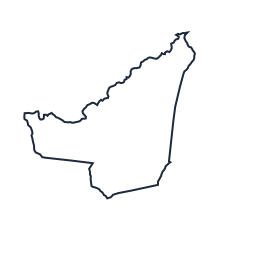 outline of Ourém, Pará, Brazil, rotated 155°
{"feature_id": "56859067B89824536702228", "entity_name": "Ourém", "entity_type": "district", "adm_level": 2, "iso_a3": "BRA", "parent_name": "Brazil", "parent_adm1": "Pará", "projection": "orthographic", "projection_center": [-47.142, -1.488], "detail": "fine", "context": "isolated", "style": "outline", "palette": "slate", "viewbox_px": 256, "rotation_deg": 155, "n_neighbors": 0, "source": "geoboundaries", "source_scale": "gbopen_adm2", "svg_char_len": 2518}
<svg xmlns="http://www.w3.org/2000/svg" viewBox="0 0 256 256"><g transform="rotate(155 128 128)"><path d="M35.9,167.1L36.0,168.9L36.5,170.8L36.5,172.6L36.7,174.4L38.0,175.3L38.7,176.9L38.7,178.7L38.5,180.3L38.9,182.0L39.0,185.1L38.4,186.6L37.1,188.1L33.7,189.4L35.2,189.8L36.9,190.1L38.2,191.0L40.0,190.9L41.6,190.9L42.8,192.2L45.0,192.0L44.0,190.5L43.5,189.1L44.6,187.7L46.9,188.0L48.8,187.4L50.4,186.1L53.3,186.2L53.9,183.8L54.6,181.9L56.4,180.3L58.4,179.3L60.1,181.0L62.5,180.7L63.4,179.3L64.8,180.1L65.7,181.5L67.3,180.2L68.7,179.7L70.6,179.0L72.8,178.6L75.1,180.1L76.6,181.5L78.5,182.8L80.3,183.0L82.0,182.4L84.1,182.7L85.9,182.0L88.5,181.9L90.0,179.6L91.8,178.0L94.6,178.5L97.1,179.6L98.6,179.8L100.1,179.6L101.9,177.9L102.5,176.1L104.0,174.5L106.2,173.5L107.8,174.7L108.6,173.0L110.7,173.1L112.2,171.4L113.9,171.2L115.6,171.8L116.7,173.1L119.2,173.6L121.4,172.3L124.4,172.4L126.6,172.7L128.7,171.9L129.9,170.5L131.3,169.4L132.3,167.6L132.4,164.8L133.5,163.7L135.1,164.2L137.2,164.5L139.6,163.5L140.5,164.9L142.7,164.3L144.3,163.3L146.2,161.8L148.0,164.8L149.9,166.1L152.0,165.8L153.5,165.8L155.2,165.9L157.3,164.6L160.0,163.8L162.3,162.3L162.6,160.1L161.8,157.5L161.4,155.8L162.4,154.5L166.0,155.8L167.5,154.9L169.1,154.6L170.9,154.9L172.8,155.4L174.8,155.7L176.6,156.5L177.7,157.7L179.4,158.2L181.5,159.4L183.1,160.3L183.9,162.3L184.9,163.8L186.1,165.4L187.1,166.8L188.8,168.4L189.2,170.4L190.2,172.0L190.9,174.0L192.6,173.8L194.4,173.9L195.8,173.1L196.7,174.7L198.6,175.5L199.6,173.5L200.6,172.1L202.3,172.1L203.8,172.8L204.2,174.5L203.8,176.8L202.7,179.0L202.4,181.1L204.4,181.7L206.7,181.1L208.7,181.6L210.0,182.5L211.7,183.7L213.4,184.3L215.4,185.1L216.8,182.8L217.5,181.4L218.0,179.9L216.4,177.3L216.7,175.1L217.3,172.8L216.3,170.8L215.9,169.1L216.3,165.2L217.0,163.3L218.6,162.1L219.0,159.3L219.9,155.6L220.6,151.7L221.4,149.9L222.3,147.5L222.0,144.9L219.9,142.5L218.8,141.2L218.1,137.9L216.1,136.4L192.4,122.0L174.8,111.0L180.5,107.4L180.8,104.9L181.3,103.5L182.1,101.9L182.0,100.1L183.4,97.6L185.6,90.8L184.7,89.4L183.3,88.4L181.7,86.8L180.1,84.9L179.6,82.5L178.4,80.4L178.1,77.3L176.9,75.8L176.5,73.0L172.8,72.5L169.7,73.8L164.4,73.1L151.2,69.8L124.9,63.8L123.4,66.8L119.8,69.4L118.1,70.7L117.1,72.0L114.9,74.0L113.0,74.7L111.1,76.2L110.0,77.5L107.8,78.1L105.8,78.8L104.1,79.1L105.0,80.4L83.8,115.4L76.3,127.2L63.5,143.4L54.7,153.8L52.9,155.5L50.9,155.9L48.6,156.9L46.7,158.7L44.0,159.8L42.0,161.0L39.9,161.9L38.4,163.3L37.5,165.3L35.9,167.1Z" fill="none" stroke="#1e293b" stroke-width="2"/></g></svg>